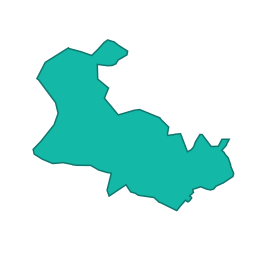 the district of Igbo-Eze-South, Enugu, Nigeria, rotated 349°
{"feature_id": "59680162B63088628372837", "entity_name": "Igbo-Eze-South", "entity_type": "district", "adm_level": 2, "iso_a3": "NGA", "parent_name": "Nigeria", "parent_adm1": "Enugu", "projection": "albers", "projection_center": [7.412, 6.949], "detail": "fine", "context": "isolated", "style": "filled", "palette": "teal", "viewbox_px": 256, "rotation_deg": 349, "n_neighbors": 0, "source": "geoboundaries", "source_scale": "gbopen_adm2", "svg_char_len": 1480}
<svg xmlns="http://www.w3.org/2000/svg" viewBox="0 0 256 256"><g transform="rotate(349 128 128)"><path d="M225.2,158.4L218.1,157.0L213.1,163.2L206.1,162.0L199.5,148.6L197.4,148.1L191.5,154.6L189.0,158.9L185.8,161.5L181.8,162.7L178.5,143.7L174.7,143.3L173.1,143.1L170.9,143.3L169.1,143.0L165.7,143.0L165.6,141.6L166.2,139.7L168.1,134.9L161.7,125.5L161.3,124.2L146.4,114.4L142.9,112.1L137.3,111.8L120.9,113.3L110.5,94.3L116.5,85.1L107.6,74.2L110.0,59.7L119.7,62.9L124.3,63.6L128.3,62.7L131.2,59.4L140.9,56.0L142.3,52.5L134.3,44.9L130.9,40.9L124.8,37.7L120.9,39.5L113.6,45.0L106.2,49.9L96.3,44.1L85.5,38.9L84.8,38.0L59.3,47.8L48.0,62.2L49.3,63.4L61.8,89.4L62.2,100.1L62.2,100.3L56.1,110.7L39.7,124.7L30.8,130.9L31.0,135.8L38.0,142.3L47.3,148.5L57.7,149.6L66.3,153.1L66.8,153.6L71.4,155.0L84.3,157.6L91.3,163.7L98.4,167.4L103.0,169.2L95.6,185.1L96.5,191.2L115.2,183.3L118.4,191.2L122.8,193.5L124.2,194.9L124.7,195.4L125.3,196.0L140.3,201.2L144.4,206.8L145.6,207.4L160.0,218.3L160.6,218.0L164.1,214.9L170.8,209.8L171.4,210.4L171.9,211.4L172.7,212.0L174.5,211.2L175.7,210.2L176.3,209.6L177.0,209.1L177.1,208.3L176.8,207.8L175.4,206.5L180.0,203.7L179.7,200.6L188.2,199.6L193.7,203.1L197.3,204.6L200.6,204.2L203.3,201.9L211.2,200.0L221.7,195.6L223.0,193.1L222.9,191.8L221.7,186.0L221.5,183.8L221.7,183.6L220.6,176.3L218.5,172.8L218.1,172.0L217.7,170.4L215.8,167.9L219.6,165.0L221.4,163.5L222.2,161.9L223.5,160.5L225.2,158.4Z" fill="#14b8a6" stroke="#0f766e" stroke-width="1.5"/></g></svg>